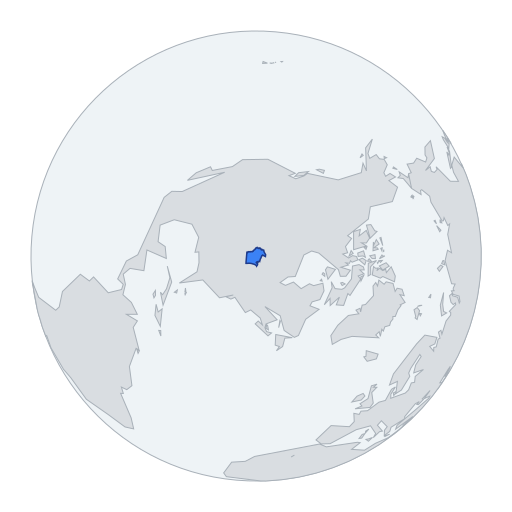 the Earth from above Wisconsin, rotated 95°
{"feature_id": "USA-3553", "entity_name": "Wisconsin", "entity_type": "State", "adm_level": 1, "iso_a3": "USA", "parent_name": "United States of America", "parent_adm1": "", "projection": "orthographic", "projection_center": [-89.863, 44.9], "detail": "fine", "context": "on_globe", "style": "filled", "palette": "blue", "viewbox_px": 512, "rotation_deg": 95, "n_neighbors": 0, "source": "natural_earth", "source_scale": "10m", "svg_char_len": 12199}
<svg xmlns="http://www.w3.org/2000/svg" viewBox="0 0 512 512"><g transform="rotate(95 256 256)"><circle cx="256" cy="256" r="225" fill="#eef3f6" stroke="#a8b0b8"/><path d="M301.0,476.7L305.1,475.8L300.0,476.9L306.3,474.0L316.1,468.9L327.5,450.8L323.9,447.6L308.2,445.7L289.5,429.4L295.4,419.8L291.0,416.0L305.5,400.0L301.1,387.0L295.8,385.8L290.9,391.8L272.3,384.7L265.1,373.9L205.6,352.6L198.9,345.5L198.2,335.1L175.3,294.5L186.6,330.9L178.3,322.8L171.1,309.1L174.6,307.0L169.0,287.3L161.2,277.8L158.6,252.6L170.2,224.1L173.1,230.2L175.6,223.1L172.1,215.2L169.2,211.9L173.0,180.7L163.8,158.4L154.2,157.5L161.6,153.4L138.7,156.2L129.4,150.3L144.1,153.4L148.8,151.2L144.5,145.1L148.4,141.5L148.6,136.7L153.7,133.2L161.9,135.9L165.3,133.8L162.1,129.7L165.1,123.9L169.3,130.2L175.1,121.0L189.9,124.9L197.0,146.4L209.4,147.3L227.8,166.5L230.2,162.3L238.8,167.7L244.8,165.0L246.5,169.8L249.9,163.6L247.2,159.8L247.7,155.9L251.0,154.1L253.8,159.7L252.5,161.5L255.1,162.2L255.0,165.9L256.9,163.1L259.8,170.5L261.9,160.7L268.3,164.6L268.9,170.2L262.4,172.7L247.6,193.7L246.2,201.0L250.8,208.4L273.0,215.1L274.1,222.3L280.4,229.7L282.7,224.1L278.7,216.4L284.6,208.2L279.0,200.3L280.5,196.0L277.3,187.0L284.8,185.2L293.8,188.5L296.8,196.1L300.9,197.9L303.6,188.5L314.7,201.0L331.5,206.8L333.7,210.7L327.7,221.5L313.4,226.7L305.6,242.7L317.7,229.4L322.8,240.1L326.6,240.9L330.4,238.9L331.3,233.8L334.5,237.1L323.7,250.9L320.6,248.1L324.1,243.6L317.4,246.4L310.2,256.6L313.3,261.7L299.0,273.4L301.1,277.3L299.2,282.4L296.8,275.2L300.8,288.7L284.5,306.9L289.6,330.0L276.9,313.4L267.7,312.2L256.9,313.3L257.6,317.1L242.4,314.7L229.9,322.6L227.0,340.6L233.6,354.2L250.3,354.8L254.5,347.3L266.3,345.1L259.5,365.2L280.4,366.4L279.3,380.4L285.6,386.7L295.7,383.6L306.2,385.2L313.1,376.1L324.4,369.2L325.4,380.0L331.0,368.5L337.8,372.1L359.9,364.3L358.4,367.4L377.1,372.5L396.0,368.3L400.4,373.1L398.3,378.7L404.5,376.2L404.6,378.9L428.1,366.3L438.9,362.8L437.7,371.6L427.0,389.1L413.5,412.5L393.3,430.0L385.6,437.9L365.4,452.2L353.5,457.6L354.3,458.4L345.6,462.6L337.1,465.9L333.5,467.5L327.1,469.7L328.9,469.1L301.0,476.7ZM61.6,265.9L62.9,261.4L63.6,266.2L61.6,265.9ZM62.8,257.4L62.5,259.2L62.5,257.4L62.8,257.4ZM62.1,255.2L62.6,256.8L61.9,255.4L62.1,255.2ZM61.0,252.9L61.7,254.0L61.0,252.9ZM289.3,337.7L313.1,344.3L300.4,348.0L302.7,345.7L296.5,342.3L285.2,339.9L273.8,343.5L289.3,337.7ZM60.1,248.0L59.9,246.6L60.6,247.2L60.1,248.0ZM298.0,323.7L294.0,323.5L297.8,322.7L298.0,323.7ZM167.3,211.1L171.6,215.5L173.3,224.2L169.3,220.8L167.3,211.1ZM164.7,195.3L167.8,196.1L164.8,203.2L164.0,200.5L164.7,195.3ZM146.4,157.9L149.1,160.9L145.1,159.3L146.4,157.9ZM147.8,136.7L145.7,137.1L146.7,134.5L147.8,136.7ZM273.4,188.7L275.3,187.9L275.0,189.9L273.4,188.7ZM270.3,185.7L268.4,188.6L266.7,187.7L267.8,185.9L270.3,185.7ZM155.3,126.8L157.5,122.8L156.7,127.3L155.3,126.8ZM272.9,182.3L263.7,185.6L260.6,183.9L262.4,175.7L272.9,182.3ZM159.7,120.7L164.8,111.4L160.7,111.2L175.1,106.9L166.0,116.0L165.7,121.4L163.1,119.3L159.7,120.7ZM244.9,159.4L247.9,163.3L242.3,161.7L244.9,159.4ZM241.2,159.3L223.2,160.9L220.4,154.4L227.0,155.0L220.9,148.4L228.3,144.4L233.4,147.2L233.7,152.1L236.3,146.9L241.2,159.3ZM182.3,106.3L184.7,104.6L183.7,106.9L182.3,106.3ZM247.5,154.2L244.2,154.9L241.5,149.3L247.8,146.9L246.6,149.4L247.5,154.2ZM215.6,148.7L214.7,144.3L220.5,139.9L221.0,137.6L228.3,143.8L215.6,148.7ZM248.9,149.8L251.0,145.8L255.3,146.9L250.7,153.1L248.9,149.8ZM238.1,149.0L237.2,146.3L239.8,147.0L238.1,149.0ZM271.7,149.2L267.7,149.8L265.9,146.9L271.7,149.2ZM251.5,144.3L250.0,143.9L248.9,143.0L251.1,140.7L251.5,144.3ZM231.8,140.3L234.5,139.5L229.2,137.6L233.3,134.4L237.4,139.2L237.4,135.8L238.6,134.8L240.6,139.9L231.8,140.3ZM250.0,135.5L256.7,140.9L264.4,140.1L266.2,142.6L253.4,143.5L250.0,135.5ZM244.3,137.6L248.2,136.8L248.4,140.1L245.9,142.7L244.3,137.6ZM234.6,130.6L227.2,134.2L226.6,133.1L234.6,130.6ZM252.2,134.6L250.6,133.3L252.8,134.1L252.2,134.6ZM240.0,131.0L237.5,132.4L236.8,131.0L240.0,131.0ZM249.4,129.8L251.5,131.4L249.9,133.2L249.4,129.8ZM245.0,129.8L244.7,127.6L248.0,132.8L244.0,130.6L245.0,129.8ZM239.8,129.5L238.5,129.2L240.9,129.1L239.8,129.5ZM254.5,122.4L258.9,128.5L255.2,132.3L251.4,125.8L254.5,122.4ZM155.8,54.2L156.8,53.7L166.9,49.1L167.1,49.0L168.1,48.6L182.9,42.9L198.0,38.3L213.5,34.8L229.1,32.3L244.9,31.0L260.8,30.8L276.6,31.7L292.3,33.7L307.9,36.8L323.1,41.0L338.1,46.2L352.6,52.5L366.7,59.8L380.2,68.1L393.1,77.3L405.3,87.3L416.8,98.3L416.8,98.2L416.9,98.3L421.6,103.2L421.2,102.9L421.8,103.5L433.1,116.7L443.3,130.8L452.4,145.6L460.3,161.1L467.0,177.1L472.5,193.7L476.6,210.6L479.5,227.7L479.3,227.0L479.7,231.6L478.4,266.3L474.9,269.3L463.5,262.3L461.5,248.8L455.8,239.9L437.8,176.4L440.0,169.3L432.7,138.6L432.9,136.0L440.3,143.9L440.0,131.0L432.2,120.7L425.5,108.4L416.8,98.4L402.2,85.7L416.3,101.8L412.3,100.7L395.8,84.2L382.5,71.4L380.5,70.7L383.4,76.0L374.8,70.9L383.8,77.9L384.3,76.7L389.9,81.3L389.9,82.8L386.8,80.7L389.3,84.4L403.1,93.9L405.1,93.7L414.8,106.5L419.1,107.5L423.7,112.6L418.3,112.8L414.6,110.4L409.2,116.7L414.0,120.3L419.4,114.8L420.2,117.6L426.7,123.3L422.4,121.3L415.2,127.1L420.3,141.0L436.5,165.8L437.5,174.7L434.0,180.2L418.4,166.4L417.9,148.1L412.4,143.7L404.2,144.8L404.8,139.4L401.4,137.9L400.4,131.4L390.9,120.8L388.6,114.5L377.0,109.4L374.3,105.7L381.9,109.6L386.0,109.4L379.5,95.3L376.0,92.3L368.9,90.2L368.0,87.0L362.1,86.9L354.5,79.3L358.7,88.7L350.6,87.4L341.7,82.7L339.8,84.2L354.3,92.0L359.3,93.7L362.5,92.3L376.9,99.5L380.9,104.7L368.6,104.2L372.9,111.8L361.5,108.8L329.5,88.3L320.1,80.9L321.3,68.7L328.0,70.2L330.9,75.1L335.4,70.7L331.6,70.9L330.8,68.5L322.9,67.3L321.9,65.5L315.9,67.6L313.9,65.3L317.7,64.0L304.2,61.0L297.9,56.9L295.3,57.1L294.3,58.6L287.0,52.8L285.4,53.3L287.2,55.3L285.1,57.7L278.7,59.8L276.5,57.7L278.5,56.6L279.5,51.5L285.2,49.4L283.7,48.8L278.2,50.2L277.0,56.3L273.7,58.3L273.3,55.1L273.2,56.4L270.9,56.7L266.6,55.2L266.6,58.7L244.2,67.2L233.6,65.7L235.7,61.5L217.8,66.9L207.2,65.9L208.9,67.6L201.4,72.0L204.6,72.4L204.9,73.6L187.1,86.4L181.3,88.2L175.5,96.7L176.4,97.8L180.4,96.9L175.1,106.9L160.7,111.2L159.5,108.6L151.3,113.5L149.7,107.1L144.6,104.4L147.6,95.2L143.3,94.3L140.6,96.4L132.7,97.2L125.9,92.3L143.4,86.8L156.0,94.6L151.9,90.3L156.4,88.7L157.2,85.6L154.0,83.1L151.4,84.4L164.6,68.9L164.0,60.8L155.4,66.5L148.4,68.9L140.2,67.2L150.8,56.8L145.9,59.5L155.8,54.2ZM451.0,200.4L453.2,203.5L451.0,200.4ZM360.7,56.6L359.0,55.8L354.6,53.5L355.2,54.1L358.9,55.8L359.2,57.1L351.6,53.4L348.9,52.8L352.5,54.9L366.3,61.8L365.9,59.6L371.8,62.9L373.0,63.5L371.0,62.3L360.7,56.6ZM360.5,363.9L363.3,365.0L359.8,366.4L360.5,363.9ZM299.1,353.2L304.0,352.7L306.6,354.0L303.0,355.3L299.1,353.2ZM338.6,344.4L344.0,343.8L338.6,346.4L338.6,344.4ZM316.8,344.9L334.4,345.2L324.0,351.5L312.8,351.3L320.3,348.6L316.8,344.9ZM296.7,331.4L299.8,331.8L299.2,334.2L296.7,331.4ZM300.8,323.2L299.7,323.6L298.0,322.0L300.8,323.2ZM323.4,239.3L324.4,238.3L328.5,237.2L327.1,239.8L323.4,239.3ZM343.9,221.6L348.6,227.4L344.2,224.8L343.1,229.1L332.5,229.5L334.2,212.7L335.3,220.1L343.9,221.6ZM318.8,226.0L325.4,227.2L318.1,226.6L318.8,226.0ZM383.6,137.3L386.0,135.3L390.3,138.6L393.1,147.8L386.8,143.1L383.6,137.3ZM388.3,132.0L375.3,129.7L373.1,124.3L376.5,127.6L376.3,124.2L381.9,128.8L392.3,126.4L396.9,129.2L399.6,144.0L396.2,137.4L394.1,139.5L388.3,132.0ZM346.3,137.7L340.7,137.9L343.1,125.8L348.0,127.1L351.2,136.1L347.1,139.8L346.3,137.7ZM277.9,167.6L275.5,169.3L274.8,167.6L276.1,164.8L277.9,167.6ZM269.9,149.7L287.1,158.9L285.4,161.2L297.6,164.4L297.7,171.8L289.7,169.3L298.9,177.8L291.8,178.5L298.6,183.7L281.0,177.4L275.0,178.8L281.6,174.4L281.7,167.5L280.0,164.9L270.5,158.9L257.6,159.0L255.6,152.6L257.6,148.0L260.4,147.0L260.8,151.4L264.3,146.9L267.0,152.5L269.9,149.7ZM282.6,104.9L281.9,109.3L289.3,103.4L292.1,108.1L292.8,107.2L297.3,110.0L304.1,112.0L304.4,114.4L306.9,114.1L310.0,116.2L313.5,116.8L315.3,121.5L319.7,122.6L318.0,124.3L325.2,125.1L320.7,126.7L324.2,129.8L326.8,126.6L327.7,153.3L331.7,164.0L337.4,172.3L328.8,174.5L317.9,168.5L307.2,158.8L304.6,148.5L301.2,151.7L299.0,147.8L302.6,146.9L295.7,146.0L294.8,142.7L285.3,135.5L275.8,136.8L272.0,134.4L275.3,132.3L269.3,131.5L273.0,125.9L270.4,124.1L271.4,117.1L279.2,114.3L275.8,112.6L276.4,107.6L282.6,104.9ZM255.0,120.4L263.8,115.5L269.6,115.8L265.4,127.9L267.2,130.2L264.7,138.5L256.3,138.0L257.8,135.7L257.3,133.3L260.1,134.4L257.5,131.7L259.5,128.5L258.0,125.6L261.2,124.7L255.0,120.4ZM429.1,130.5L428.5,128.2L426.6,124.1L430.7,127.9L429.1,130.5ZM424.5,134.7L423.4,132.0L428.2,134.8L428.8,137.4L424.5,134.7ZM418.6,128.5L422.9,131.7L420.9,131.5L418.6,128.5ZM380.5,107.3L378.8,104.7L380.2,104.8L383.0,106.6L380.5,107.3ZM305.2,90.0L303.8,92.1L302.3,91.6L295.8,93.9L293.3,90.9L296.2,88.3L305.2,90.0ZM406.9,89.9L411.8,94.4L412.1,95.1L410.4,93.3L406.9,89.9ZM423.7,111.3L421.8,107.3L424.8,112.3L423.7,111.3ZM301.3,87.1L298.9,88.3L299.1,86.1L301.3,87.1ZM291.0,88.8L290.6,86.2L292.2,90.8L291.0,88.8ZM276.0,65.9L288.0,65.8L294.9,64.3L296.1,61.1L299.5,65.9L288.9,68.1L276.0,65.9ZM248.4,67.1L247.4,70.4L244.4,69.5L244.2,68.6L248.4,67.1ZM250.2,68.8L255.3,72.0L252.5,74.2L249.0,71.2L250.2,68.8ZM278.7,78.4L282.4,78.5L282.2,80.3L278.7,78.4ZM127.1,71.3L125.1,72.6L125.8,72.4L121.8,75.8L125.4,74.2L124.2,75.8L118.9,78.9L114.6,80.8L122.3,74.7L127.1,71.3ZM127.2,73.4L132.0,73.3L123.8,79.5L121.0,80.9L122.2,78.2L126.4,75.0L127.2,73.4ZM130.7,75.2L134.9,72.3L150.6,69.0L151.8,69.9L135.6,75.0L138.6,72.7L136.2,72.6L130.7,75.2ZM183.0,103.8L184.6,104.5L182.0,105.1L183.0,103.8ZM206.8,73.7L206.7,75.5L203.7,75.9L206.8,73.7ZM204.8,80.7L208.2,79.0L205.5,81.7L204.8,80.7ZM215.8,75.1L210.0,78.7L214.2,74.0L215.8,75.1Z" fill="#d9dde1" stroke="#a8b0b8" stroke-width="1"/><path d="M264.5,253.7L264.8,253.8L265.0,253.9L265.1,254.0L265.3,254.1L265.5,254.2L265.6,254.3L265.8,254.4L266.0,254.5L265.8,254.6L265.7,254.8L265.5,255.0L265.3,255.1L265.2,255.3L265.1,255.5L264.9,255.8L264.8,256.0L264.7,256.3L264.5,256.8L264.4,257.2L264.3,257.6L264.2,257.9L264.2,258.3L264.1,258.7L264.0,259.1L263.9,259.5L263.9,259.9L263.8,260.3L263.8,260.6L263.8,261.1L263.8,261.5L263.8,261.8L263.8,262.0L263.8,262.4L263.9,262.9L264.0,263.4L264.0,263.7L264.1,264.1L264.1,264.5L264.2,264.8L264.2,265.3L263.6,265.3L263.1,265.4L262.0,265.4L261.5,265.4L257.9,265.4L256.8,265.4L253.7,265.4L253.8,265.3L253.8,265.2L253.7,265.1L253.6,264.9L253.4,264.8L253.3,264.7L252.8,264.6L252.7,264.6L252.5,264.3L252.5,264.2L252.5,263.9L252.4,263.9L252.3,263.7L252.3,263.4L252.3,263.2L252.3,262.8L252.3,262.7L252.5,262.3L252.5,262.2L252.4,262.1L252.2,262.0L252.1,261.9L252.1,261.7L252.1,261.4L252.0,261.2L252.0,260.8L252.1,260.6L252.1,260.4L252.0,260.2L252.0,259.9L251.9,259.8L251.8,259.7L251.7,259.7L251.6,259.4L251.4,259.4L251.3,259.2L251.0,259.2L250.9,259.2L250.6,258.9L250.4,258.8L250.2,258.3L250.1,258.1L249.7,257.7L249.2,257.6L249.1,257.3L249.0,257.2L248.9,257.1L248.4,257.0L248.3,256.9L248.2,256.9L248.0,256.6L247.8,256.5L247.7,256.4L247.9,256.2L247.9,255.9L247.9,255.6L247.9,255.4L247.9,255.2L248.0,255.0L248.0,254.9L248.0,254.7L247.9,254.7L248.0,254.6L248.0,254.4L248.1,254.2L248.3,253.9L248.3,253.7L248.2,253.7L248.1,253.3L247.9,253.2L247.7,253.2L247.7,252.7L248.0,252.4L248.0,252.2L248.2,251.9L248.3,251.8L248.5,251.7L248.9,251.6L249.0,251.5L249.0,251.4L249.1,251.5L249.2,251.4L249.3,251.3L249.4,251.2L249.4,249.0L249.5,249.0L249.7,248.9L249.8,248.7L250.3,248.7L251.7,248.0L252.0,247.8L253.3,246.9L253.6,246.7L253.9,246.5L254.4,246.5L254.8,246.6L255.1,246.6L255.7,246.6L255.5,247.1L255.0,248.3L254.7,249.0L254.5,249.4L254.5,249.5L254.8,249.5L255.0,249.6L255.1,249.8L255.3,250.2L255.3,250.3L255.6,250.4L256.0,250.5L257.1,250.8L257.5,250.9L257.7,251.0L258.0,251.1L258.8,251.5L259.0,251.5L259.3,251.6L259.5,251.6L259.8,251.6L260.0,251.7L260.3,251.7L260.4,251.8L260.5,251.8L260.8,251.9L260.9,252.1L260.8,252.3L260.9,252.5L261.0,252.5L261.1,252.4L261.1,252.5L261.4,252.6L261.5,252.6L261.6,252.8L261.6,253.0L261.7,253.3L261.7,253.5L261.5,253.8L261.5,254.0L261.8,254.1L262.0,254.0L262.0,254.4L261.9,254.6L261.9,254.8L262.0,254.9L262.1,255.0L262.3,255.1L262.6,255.2L262.8,255.0L262.8,254.7L263.1,254.5L263.2,254.4L263.4,254.2L263.5,253.9L263.6,253.7L263.8,253.7L264.1,253.7L264.5,253.7Z" fill="#3b82f6" stroke="#1e3a8a" stroke-width="1.5"/></g></svg>